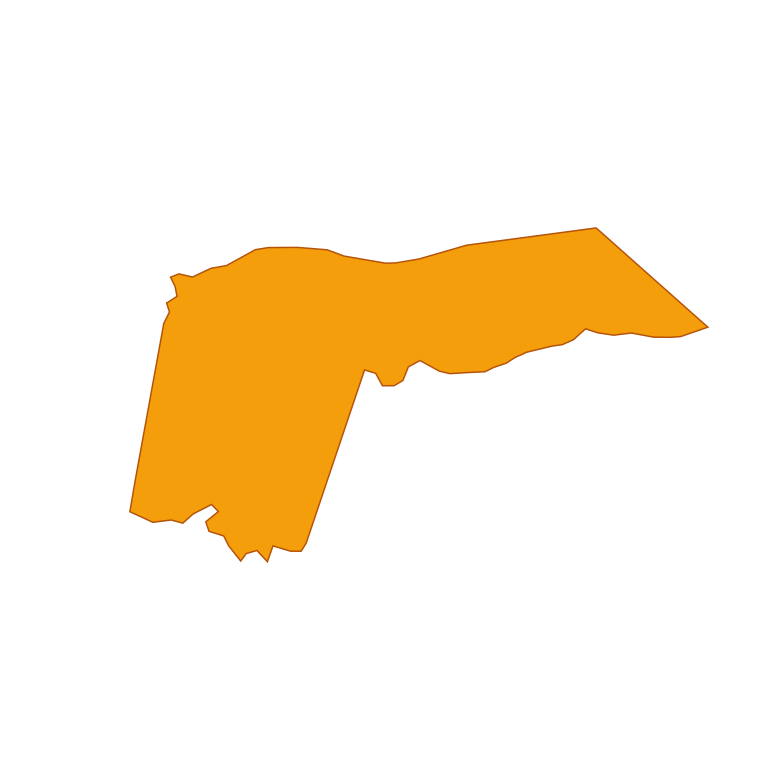 Taboleiro Grande, Rio Grande do Norte, Brazil, rotated 34°
{"feature_id": "56859067B31995053212308", "entity_name": "Taboleiro Grande", "entity_type": "district", "adm_level": 2, "iso_a3": "BRA", "parent_name": "Brazil", "parent_adm1": "Rio Grande do Norte", "projection": "robinson", "projection_center": [-38.046, -5.936], "detail": "fine", "context": "isolated", "style": "filled", "palette": "amber", "viewbox_px": 768, "rotation_deg": 34, "n_neighbors": 0, "source": "geoboundaries", "source_scale": "gbopen_adm2", "svg_char_len": 986}
<svg xmlns="http://www.w3.org/2000/svg" viewBox="0 0 768 768"><g transform="rotate(34 384 384)"><path d="M244.7,632.0L269.7,627.9L283.7,615.7L295.0,611.9L298.4,598.5L308.4,580.3L318.0,582.4L313.3,597.9L321.4,604.0L336.1,599.6L345.7,605.0L364.2,610.9L364.7,601.5L371.7,593.1L386.7,596.5L382.5,580.3L399.9,574.9L408.8,569.0L408.5,559.6L360.0,383.2L371.2,379.8L383.7,386.3L393.3,379.8L397.7,370.4L394.6,356.2L400.7,344.4L422.7,342.4L432.8,338.6L447.0,327.7L460.8,317.4L465.7,308.9L473.8,298.2L477.7,289.0L484.3,278.1L501.7,259.0L509.8,251.7L516.3,241.3L520.2,225.6L532.7,222.0L547.1,215.1L560.6,203.4L581.3,194.4L595.7,184.9L603.5,178.7L620.7,155.8L472.6,136.0L375.0,222.6L343.0,260.9L325.8,277.2L317.5,283.1L279.3,300.3L261.9,304.5L235.6,319.3L211.8,335.6L202.2,344.6L187.2,373.9L175.9,384.8L165.4,402.4L152.4,407.4L147.3,414.8L156.3,420.0L163.4,427.1L158.5,438.4L165.9,444.3L167.6,457.0L231.7,603.1L240.9,623.5L244.7,632.0Z" fill="#f59e0b" stroke="#b45309" stroke-width="1.5"/></g></svg>